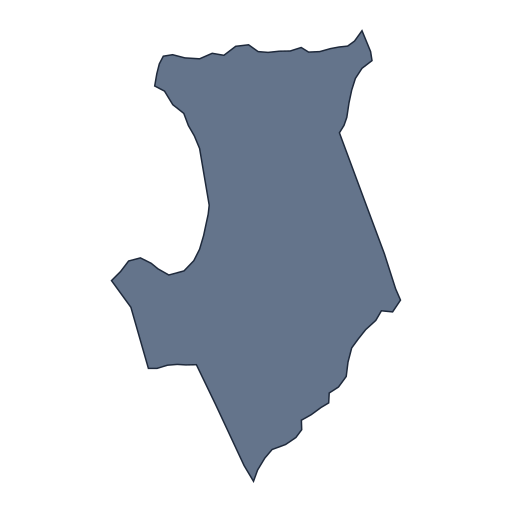 Pilar, Paraíba, Brazil (orthographic projection)
{"feature_id": "56859067B15568189766484", "entity_name": "Pilar", "entity_type": "district", "adm_level": 2, "iso_a3": "BRA", "parent_name": "Brazil", "parent_adm1": "Paraíba", "projection": "orthographic", "projection_center": [-35.268, -7.284], "detail": "fine", "context": "isolated", "style": "filled", "palette": "slate", "viewbox_px": 512, "rotation_deg": 0, "n_neighbors": 0, "source": "geoboundaries", "source_scale": "gbopen_adm2", "svg_char_len": 1158}
<svg xmlns="http://www.w3.org/2000/svg" viewBox="0 0 512 512"><path d="M253.5,481.3L257.6,470.0L264.8,458.1L272.1,449.5L285.6,444.5L295.9,437.5L301.7,429.7L301.4,420.2L311.2,414.7L321.0,407.5L328.7,402.9L329.2,393.0L338.5,387.0L346.2,376.5L348.0,362.1L351.7,347.9L358.3,338.9L365.7,329.6L375.8,320.4L381.4,310.8L392.6,311.9L400.5,300.1L395.6,288.8L384.4,253.8L364.3,199.9L339.4,132.8L344.0,125.4L346.8,117.4L349.0,102.8L351.7,90.1L355.4,78.4L362.0,68.3L372.0,60.6L370.6,51.6L367.4,43.8L362.0,30.7L354.5,41.1L347.6,46.1L339.1,47.0L330.5,48.6L319.8,51.6L308.6,52.1L301.2,47.5L290.2,51.0L279.3,51.2L268.1,52.4L258.1,51.6L248.6,44.8L235.7,46.3L223.9,55.3L212.2,53.3L199.6,58.8L184.9,57.9L172.6,54.7L163.3,56.2L159.3,63.9L156.8,73.8L154.7,86.0L164.5,91.1L172.8,104.7L183.8,113.4L188.4,125.6L194.3,135.8L199.6,148.5L209.2,205.2L208.2,214.2L206.1,223.9L203.6,235.6L199.6,249.2L193.8,260.7L184.0,270.9L168.8,275.0L157.9,268.8L151.2,263.3L140.4,257.9L128.6,261.0L120.6,271.5L111.5,280.6L130.9,307.3L148.4,368.4L157.0,368.4L167.4,365.2L177.2,364.4L185.8,364.9L196.4,364.7L215.5,404.3L244.1,465.6L253.5,481.3Z" fill="#64748b" stroke="#1e293b" stroke-width="1.5"/></svg>